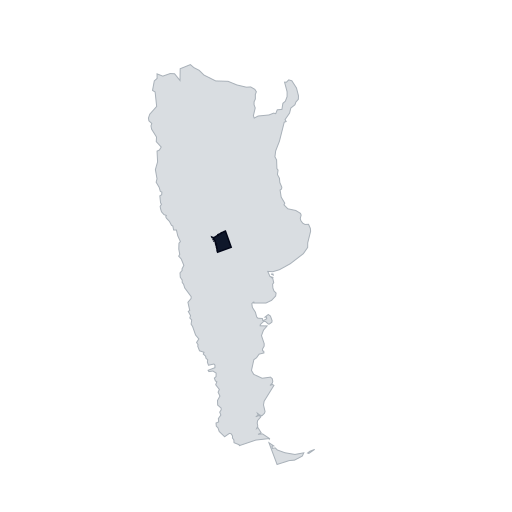 location of Gobernador Dupuy, San Luis, Argentina, rotated 340°
{"feature_id": "61730980B64718886155143", "entity_name": "Gobernador Dupuy", "entity_type": "district", "adm_level": 2, "iso_a3": "ARG", "parent_name": "Argentina", "parent_adm1": "San Luis", "projection": "equal_earth", "projection_center": [-66.474, -35.326], "detail": "fine", "context": "in_parent", "style": "filled", "palette": "ink", "viewbox_px": 512, "rotation_deg": 340, "n_neighbors": 0, "source": "geoboundaries", "source_scale": "gbopen_adm2", "svg_char_len": 5250}
<svg xmlns="http://www.w3.org/2000/svg" viewBox="0 0 512 512"><g transform="rotate(340 256 256)"><path d="M310.4,164.0L307.7,169.3L308.2,172.8L305.5,181.1L306.1,182.8L304.0,186.8L304.6,191.0L303.5,195.1L303.8,200.2L302.9,201.8L301.2,202.2L299.8,209.3L301.1,216.2L299.8,217.5L302.0,222.5L308.9,226.8L312.4,231.2L312.4,233.0L310.5,235.7L310.2,238.0L311.1,241.1L312.8,243.1L316.2,244.2L316.5,248.6L315.8,251.4L309.1,261.3L307.5,265.6L301.3,270.0L285.5,275.0L273.3,276.9L266.4,276.5L261.8,274.5L262.1,280.0L264.3,281.7L263.2,281.7L264.1,282.7L263.5,287.2L262.0,288.1L260.9,291.8L260.9,295.0L262.2,297.7L260.8,300.3L255.5,303.0L249.3,303.6L237.8,299.4L238.3,298.7L237.7,298.4L235.8,299.3L235.0,303.0L236.2,308.6L235.8,313.5L236.5,315.1L240.6,316.9L240.3,318.9L241.7,319.1L244.6,318.6L245.0,317.1L243.5,316.5L247.5,315.2L249.0,317.3L249.0,322.2L248.3,323.6L245.2,324.5L244.3,324.2L242.5,320.8L241.0,320.0L236.6,321.9L236.0,323.0L242.5,325.5L237.7,328.2L233.9,332.7L233.7,341.2L232.8,343.5L230.2,345.7L229.8,347.3L230.7,348.2L230.3,349.8L225.3,349.3L221.7,351.8L218.5,352.7L212.6,362.0L213.4,366.5L220.0,373.0L228.2,374.8L229.3,376.9L228.9,379.5L227.9,381.0L224.9,382.4L227.5,382.4L228.6,383.7L214.0,395.2L212.1,398.5L211.3,405.3L210.1,406.7L207.1,408.1L205.1,406.7L203.5,404.2L203.6,406.2L200.8,407.0L204.2,407.0L205.7,408.7L201.2,411.2L200.0,413.4L199.5,416.5L197.7,418.3L199.1,417.9L200.4,423.9L196.9,424.3L201.3,425.4L206.3,432.2L205.8,432.7L205.7,432.0L192.8,428.9L175.5,428.5L175.6,427.6L171.5,423.9L172.3,421.2L171.6,419.0L172.4,417.0L171.8,414.5L170.3,413.6L164.7,415.1L161.4,408.3L161.5,404.6L160.5,402.3L161.3,399.3L164.2,399.1L165.0,395.9L168.6,393.4L168.5,390.3L170.7,388.6L171.2,387.0L169.0,383.0L170.4,378.6L174.2,375.3L173.8,371.0L175.9,368.9L174.1,363.2L176.2,360.8L175.1,359.5L175.1,356.5L177.2,355.7L178.5,352.4L176.2,349.4L172.2,348.5L171.9,347.0L179.2,346.9L180.1,344.5L179.5,343.1L174.0,342.4L174.0,339.1L175.1,337.0L174.0,334.9L174.4,333.0L172.9,330.1L174.2,328.7L170.5,325.8L170.4,320.8L171.2,319.6L170.6,316.9L173.9,314.4L172.2,309.6L172.3,300.4L171.7,297.9L173.7,294.1L172.6,291.6L174.1,289.7L173.4,284.9L175.1,284.5L176.2,276.2L180.4,273.8L181.2,272.1L178.1,261.6L178.3,257.6L177.6,255.8L178.4,253.4L177.6,250.0L178.8,245.9L181.7,244.3L182.0,242.9L185.0,240.1L184.7,233.2L183.3,229.7L184.9,228.4L185.8,223.1L188.0,217.6L189.9,216.6L189.4,210.2L190.1,204.4L187.5,203.4L188.1,199.3L187.1,198.3L186.5,193.9L184.8,190.0L184.6,188.3L185.6,187.2L183.7,185.7L182.3,182.1L182.5,178.8L182.9,176.6L184.9,175.0L184.5,173.4L186.2,166.6L188.3,166.2L189.4,163.8L188.2,162.5L188.5,158.4L187.4,152.5L189.4,149.6L191.0,140.4L195.7,133.9L198.9,123.6L201.5,123.4L204.2,121.2L201.4,114.4L203.2,110.2L201.3,101.2L201.8,97.8L203.4,95.8L201.6,92.4L202.1,89.6L204.7,86.4L213.8,81.5L217.3,67.4L215.4,65.0L220.3,56.7L223.8,55.3L225.3,51.0L229.9,55.1L237.8,55.2L241.8,56.9L244.6,65.1L248.8,54.1L259.8,53.7L262.0,57.7L266.1,62.1L269.0,68.2L278.0,77.7L289.5,82.3L296.5,88.7L304.7,94.1L308.8,95.3L311.9,99.0L312.5,101.8L310.6,104.0L309.1,108.2L306.9,110.5L305.9,113.2L305.9,116.6L301.5,123.3L301.5,125.8L305.9,125.2L316.4,127.9L321.5,127.8L323.2,129.0L326.0,125.9L330.5,127.1L333.5,121.7L336.5,120.6L339.7,116.9L341.4,112.3L342.3,102.4L344.0,103.1L347.0,101.7L349.6,103.6L351.5,112.0L350.7,120.0L349.4,123.2L346.1,125.0L344.3,127.2L339.3,128.9L336.4,133.2L330.0,137.7L330.3,140.0L328.3,139.9L317.3,156.1L310.4,164.0ZM204.5,459.1L204.3,435.9L207.7,440.5L206.0,440.2L205.6,442.4L208.4,442.9L209.7,445.6L215.8,450.7L224.7,455.8L233.6,457.3L231.1,459.8L222.4,461.0L217.2,459.6L204.5,459.1ZM237.1,458.8L239.8,457.9L245.0,457.8L238.1,459.6L237.1,458.8ZM265.8,278.7L265.7,279.8L264.0,278.1L265.8,278.7Z" fill="#d9dde1" stroke="#a8b0b8" stroke-width="1"/><path d="M235.7,239.3L235.8,222.1L234.5,222.1L234.5,222.3L231.5,222.3L231.5,222.6L230.6,222.6L230.5,222.9L229.2,222.8L227.5,222.9L227.5,223.7L227.2,223.6L226.3,223.6L226.1,223.7L223.0,224.3L222.2,224.1L221.5,223.5L221.2,223.4L221.0,223.2L221.0,223.3L221.0,223.5L221.3,223.6L221.5,223.8L221.5,224.0L221.7,224.3L221.8,224.3L221.9,224.5L221.9,224.8L222.0,224.8L222.0,225.0L221.9,225.1L221.9,225.3L222.0,225.3L221.9,225.4L222.0,225.4L221.9,225.5L222.0,225.5L222.0,225.4L222.0,225.5L222.2,225.8L222.1,226.0L222.1,226.3L222.1,226.5L222.1,226.8L222.1,226.7L222.2,226.8L222.2,227.0L222.3,227.1L222.2,227.2L222.3,227.2L222.3,227.3L222.2,227.4L222.3,227.4L222.3,227.5L222.5,227.7L222.6,227.8L222.5,228.0L222.7,228.3L222.6,228.5L222.5,228.8L222.5,229.0L222.6,229.3L222.6,229.5L222.4,229.7L222.4,229.8L222.3,230.0L222.3,230.3L222.5,230.4L222.5,230.5L222.4,230.7L222.5,230.7L222.5,230.8L222.5,231.0L222.4,231.0L222.4,231.3L222.3,231.5L222.2,231.8L222.3,231.8L222.2,231.9L222.2,232.0L222.2,232.3L222.3,232.5L222.2,232.7L222.2,232.8L222.2,233.0L222.2,233.3L222.2,233.5L222.0,233.8L221.9,233.8L221.8,234.0L221.8,234.3L221.9,234.5L222.0,234.6L222.0,234.8L221.9,234.8L221.9,235.0L221.8,235.3L221.7,235.5L221.7,235.9L221.7,236.0L221.7,236.3L221.6,236.5L221.6,236.8L221.5,237.0L221.4,237.1L221.4,237.3L221.3,237.5L221.3,237.8L221.2,237.9L221.2,238.0L221.3,238.0L221.2,238.2L221.2,238.3L221.2,238.5L221.3,238.6L221.3,238.8L221.3,239.0L221.2,239.1L221.2,239.3L235.7,239.3Z" fill="#0f172a" stroke="#020617" stroke-width="1.5"/></g></svg>